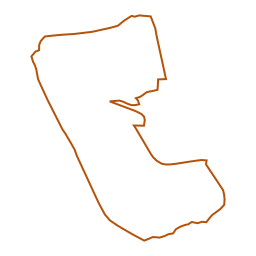 Starehe, Nairobi, Kenya (Albers equal-area conic projection)
{"feature_id": "3690345B38564256693946", "entity_name": "Starehe", "entity_type": "district", "adm_level": 2, "iso_a3": "KEN", "parent_name": "Kenya", "parent_adm1": "Nairobi", "projection": "albers", "projection_center": [36.838, -1.29], "detail": "fine", "context": "isolated", "style": "outline", "palette": "amber", "viewbox_px": 256, "rotation_deg": 0, "n_neighbors": 0, "source": "geoboundaries", "source_scale": "gbopen_adm2", "svg_char_len": 1361}
<svg xmlns="http://www.w3.org/2000/svg" viewBox="0 0 256 256"><path d="M206.4,222.2L209.0,218.7L212.2,215.0L217.3,211.3L220.8,208.6L224.2,204.8L224.6,199.5L224.1,194.6L223.1,190.2L220.6,186.4L215.4,178.5L209.5,169.7L206.0,164.4L206.6,160.4L201.4,160.0L193.9,161.0L182.7,162.7L176.5,163.7L170.6,164.4L165.8,164.5L161.9,163.8L156.6,160.7L153.0,157.1L150.6,153.6L145.0,144.0L142.0,138.9L138.9,133.7L135.8,128.4L133.9,125.5L143.9,125.7L144.8,120.0L144.0,116.6L141.4,114.0L135.6,111.1L126.3,107.6L109.7,101.4L119.3,100.6L122.6,101.5L126.9,103.5L131.3,105.1L135.1,105.1L139.2,104.3L138.0,100.5L135.9,98.2L140.0,96.9L143.1,94.9L146.8,92.1L154.4,90.6L157.5,89.8L157.9,84.8L158.1,79.4L166.0,79.1L156.6,35.9L155.3,28.4L150.7,16.4L147.3,16.1L143.4,15.8L139.3,15.4L134.7,16.7L131.6,15.9L124.7,20.2L117.8,25.8L110.3,27.8L92.3,31.8L74.0,34.0L62.6,34.7L51.9,35.7L44.8,36.5L40.7,41.1L39.2,44.9L39.1,50.2L35.6,51.5L31.4,56.4L33.1,61.8L35.0,65.5L36.3,69.5L37.0,73.5L38.1,79.2L41.0,85.7L47.5,99.8L62.6,129.7L65.3,133.5L68.6,139.2L70.9,143.0L74.7,149.8L76.9,155.9L96.0,197.2L99.3,204.2L104.9,214.5L109.8,220.3L117.9,225.8L131.9,234.0L144.2,240.6L148.6,238.9L152.6,237.1L155.7,237.2L159.4,237.6L164.2,236.2L168.4,234.2L173.1,233.4L175.8,229.3L180.3,226.7L184.9,225.0L188.2,224.3L191.8,222.0L197.6,223.2L201.9,221.8L206.4,222.2Z" fill="none" stroke="#b45309" stroke-width="2"/></svg>